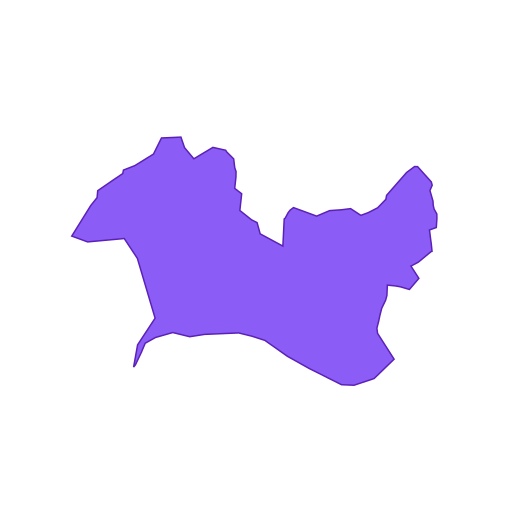 the district of Uruan, Akwa Ibom, Nigeria, rotated 119°
{"feature_id": "59680162B72404517830917", "entity_name": "Uruan", "entity_type": "district", "adm_level": 2, "iso_a3": "NGA", "parent_name": "Nigeria", "parent_adm1": "Akwa Ibom", "projection": "orthographic", "projection_center": [8.031, 5.008], "detail": "fine", "context": "isolated", "style": "filled", "palette": "violet", "viewbox_px": 512, "rotation_deg": 119, "n_neighbors": 0, "source": "geoboundaries", "source_scale": "gbopen_adm2", "svg_char_len": 1380}
<svg xmlns="http://www.w3.org/2000/svg" viewBox="0 0 512 512"><g transform="rotate(119 256 256)"><path d="M178.2,333.8L181.9,346.4L182.5,346.7L201.1,357.5L195.9,371.0L188.4,379.3L198.6,395.9L216.2,395.1L216.4,395.0L235.7,405.8L245.1,413.6L248.5,412.5L258.1,417.4L275.6,426.1L282.0,423.3L292.0,425.0L327.9,426.8L325.3,410.1L304.6,379.7L315.6,358.6L359.3,314.1L391.1,316.5L412.5,309.2L409.6,308.7L395.1,309.6L394.7,309.7L386.0,310.6L376.0,304.4L363.3,291.7L358.7,274.8L349.5,263.0L331.7,233.9L328.1,220.6L325.5,207.3L328.5,179.9L328.6,154.6L327.8,136.5L327.8,135.2L327.1,118.8L321.5,107.6L305.9,93.3L279.3,85.2L264.7,112.2L260.5,115.3L253.5,117.1L247.7,118.9L240.7,120.7L231.8,121.2L227.0,122.4L217.8,127.0L214.6,119.6L212.9,114.6L210.9,105.6L196.6,102.7L189.7,115.6L182.6,111.0L167.3,105.0L166.6,104.3L160.8,108.3L157.6,110.7L149.1,116.9L143.7,112.1L135.6,115.9L131.6,118.2L128.6,123.0L125.7,125.6L122.2,127.8L114.4,135.6L108.7,136.2L106.2,138.6L99.5,158.0L100.9,160.7L110.0,164.8L139.6,171.2L143.5,169.9L154.9,173.0L163.7,178.9L169.6,184.0L168.7,196.2L174.3,203.9L180.6,213.6L191.7,222.3L195.5,246.7L199.4,248.4L202.6,248.9L208.8,248.8L209.9,249.3L234.3,237.3L234.6,263.1L226.3,271.2L226.5,277.4L224.1,291.7L224.0,292.2L208.5,298.7L207.2,307.4L196.7,311.8L191.8,314.4L189.2,317.3L181.9,322.6L179.2,332.0L178.2,333.8Z" fill="#8b5cf6" stroke="#5b21b6" stroke-width="1.5"/></g></svg>